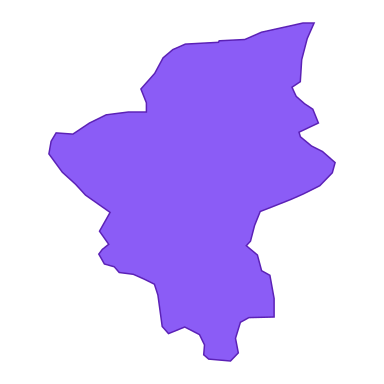 the district of Laxå, Orebro, Sweden
{"feature_id": "70781695B77797038305071", "entity_name": "Laxå", "entity_type": "district", "adm_level": 2, "iso_a3": "SWE", "parent_name": "Sweden", "parent_adm1": "Orebro", "projection": "natural_earth1", "projection_center": [14.59, 58.927], "detail": "fine", "context": "isolated", "style": "filled", "palette": "violet", "viewbox_px": 384, "rotation_deg": 0, "n_neighbors": 0, "source": "geoboundaries", "source_scale": "gbopen_adm2", "svg_char_len": 1053}
<svg xmlns="http://www.w3.org/2000/svg" viewBox="0 0 384 384"><path d="M274.1,317.0L274.1,298.5L269.9,275.3L261.6,270.7L257.4,255.0L246.3,245.7L250.5,241.1L254.6,225.4L260.2,211.5L276.8,205.0L290.7,199.5L303.2,194.0L319.8,185.7L332.3,172.8L335.1,162.6L322.6,151.6L311.5,146.0L300.4,136.8L299.0,132.2L308.9,127.5L318.4,123.0L312.8,109.2L304.5,103.7L296.2,96.4L293.9,91.5L292.0,87.2L300.3,81.7L301.7,59.7L307.2,38.6L314.1,23.0L303.0,23.0L261.5,32.2L244.8,39.5L219.2,40.8L218.5,42.3L185.3,44.1L172.8,49.6L163.1,57.8L154.7,73.4L140.9,89.0L146.4,102.8L146.4,112.0L128.4,112.0L106.2,114.8L89.5,123.0L72.9,134.1L56.1,132.9L51.1,141.3L48.9,153.9L62.3,172.2L75.6,184.3L85.5,195.1L110.1,212.4L99.5,231.2L108.3,243.7L108.7,244.3L102.3,249.4L98.8,254.1L104.4,264.0L114.3,266.8L119.2,272.5L120.7,272.7L133.3,274.3L143.9,279.0L154.4,284.2L157.9,295.0L162.2,326.5L168.5,333.6L184.7,327.0L199.5,334.6L204.5,344.9L203.7,354.8L208.7,359.1L230.5,361.0L238.3,352.9L235.5,338.3L240.4,322.3L248.9,317.6L274.1,317.0Z" fill="#8b5cf6" stroke="#5b21b6" stroke-width="1.5"/></svg>